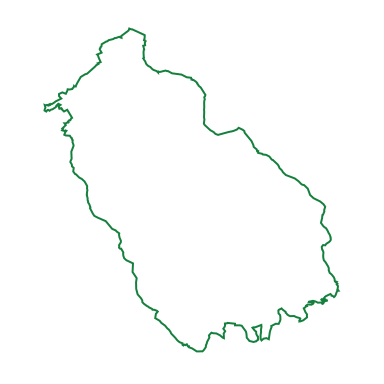 the district of Ciceu-Giurgesti, Bistrita-Nasaud, Romania, rotated 184°
{"feature_id": "2599482B28114594722524", "entity_name": "Ciceu-Giurgesti", "entity_type": "district", "adm_level": 2, "iso_a3": "ROU", "parent_name": "Romania", "parent_adm1": "Bistrita-Nasaud", "projection": "robinson", "projection_center": [23.976, 47.27], "detail": "fine", "context": "isolated", "style": "outline", "palette": "green", "viewbox_px": 384, "rotation_deg": 184, "n_neighbors": 0, "source": "geoboundaries", "source_scale": "gbopen_adm2", "svg_char_len": 5821}
<svg xmlns="http://www.w3.org/2000/svg" viewBox="0 0 384 384"><g transform="rotate(184 192 192)"><path d="M285.8,337.6L287.0,336.4L287.9,336.2L292.4,333.1L292.5,330.9L293.4,330.0L293.3,329.4L293.9,328.8L294.0,327.8L291.9,324.7L296.2,322.5L295.4,321.8L294.3,319.2L292.2,315.2L295.0,313.9L294.3,313.2L296.7,311.5L297.1,310.7L304.9,302.7L306.8,302.0L311.0,299.0L314.1,292.7L315.3,289.7L315.3,289.2L316.7,289.1L317.1,289.5L317.5,287.9L318.5,287.0L318.6,286.4L321.2,285.7L323.2,285.8L323.3,284.7L324.7,281.2L328.3,282.3L331.5,280.5L331.3,278.3L328.9,276.1L334.4,272.8L336.4,271.0L337.7,270.1L338.4,270.0L339.6,268.9L340.8,268.4L340.6,269.4L342.0,268.6L342.7,268.8L344.1,268.2L345.0,268.5L344.1,266.0L344.6,264.4L344.8,263.0L343.0,262.1L341.9,263.7L341.2,263.9L339.8,263.1L338.4,264.3L336.9,264.8L333.8,267.1L333.4,268.5L331.5,270.7L329.3,269.7L331.2,268.1L329.9,266.6L330.4,266.4L330.1,265.8L328.1,266.5L327.8,266.1L328.1,266.0L328.0,265.7L325.3,263.4L322.2,265.3L316.8,257.6L317.7,256.9L318.4,255.1L319.4,255.1L320.5,253.8L319.9,253.1L320.1,252.7L321.7,252.4L322.6,251.7L324.0,251.6L322.6,249.9L325.8,246.3L325.1,245.9L325.9,244.5L323.1,243.9L322.6,244.6L321.6,244.3L322.5,243.0L323.4,240.2L322.0,239.6L317.8,239.6L316.1,237.4L315.6,237.3L315.2,235.7L314.6,235.4L314.7,233.4L313.5,230.7L313.4,229.7L315.2,223.8L314.4,216.7L315.4,214.1L315.4,213.3L313.8,211.1L313.5,209.2L311.7,207.8L311.9,204.2L309.9,201.8L308.9,201.5L305.6,198.6L302.8,197.3L299.9,195.0L297.1,190.8L296.9,189.6L297.0,188.3L296.5,186.8L296.8,182.4L296.5,181.8L296.7,181.4L295.7,178.6L295.6,176.7L295.1,175.8L294.9,174.3L293.6,172.6L292.4,169.9L292.5,169.5L292.3,169.2L292.6,168.7L289.4,163.5L287.8,161.4L284.4,159.9L276.0,156.9L269.0,149.6L265.5,148.4L264.2,147.2L261.7,145.7L261.8,144.2L261.2,141.7L259.5,138.3L259.5,136.8L261.1,133.8L260.7,132.7L260.9,131.4L259.7,130.4L258.7,130.5L256.3,126.9L256.4,125.6L256.0,123.5L255.0,121.2L252.8,119.4L245.9,116.7L245.7,108.0L241.2,102.2L241.5,98.1L240.9,91.5L239.1,86.1L235.4,82.4L234.1,80.5L233.8,78.6L232.4,77.3L229.0,75.1L227.5,74.5L226.7,73.8L223.8,72.7L223.2,71.8L221.6,71.9L218.8,71.1L217.8,70.3L219.5,68.0L219.9,63.6L215.3,61.3L213.5,59.3L209.5,56.8L207.0,54.1L205.6,53.2L203.8,51.1L202.9,49.4L198.5,45.4L196.3,43.0L193.9,41.3L190.9,40.4L190.9,39.0L189.9,38.3L189.1,39.2L187.8,38.8L186.8,39.7L186.4,39.7L185.4,37.8L184.3,37.9L184.2,36.9L181.0,36.0L176.1,33.3L170.4,33.8L169.3,35.0L167.7,37.7L167.4,38.3L167.4,40.1L166.7,41.9L166.6,43.2L164.5,48.0L165.1,50.1L162.8,53.0L161.2,52.6L157.8,52.6L154.1,51.0L151.1,48.8L150.0,48.4L150.5,53.1L149.2,55.5L151.2,57.8L150.1,59.7L149.7,61.0L150.0,63.1L147.7,63.5L147.4,63.9L139.9,63.6L139.8,62.0L135.1,62.3L133.1,62.1L128.5,56.6L127.8,54.4L127.2,50.5L124.3,47.4L120.2,46.7L117.4,47.6L117.3,48.1L115.7,49.2L116.1,51.5L116.1,52.4L116.7,52.8L117.5,54.0L118.0,55.0L118.3,57.2L119.8,58.2L122.2,60.8L121.3,61.3L119.6,61.4L113.6,64.2L113.3,62.4L113.6,59.1L113.3,57.1L113.6,54.2L113.4,51.0L113.1,50.0L112.3,48.8L110.3,50.7L107.5,51.4L105.1,50.5L104.6,57.4L104.1,60.0L103.2,62.8L103.6,63.8L99.3,66.4L96.3,66.5L95.1,69.8L94.9,70.9L95.2,74.1L95.7,75.6L97.2,76.9L97.6,79.8L97.2,80.5L94.5,82.1L93.8,81.3L90.2,78.9L90.1,78.0L89.4,77.6L88.4,76.4L86.8,75.5L85.4,75.0L81.5,75.4L79.0,74.4L75.6,73.7L75.1,73.1L76.0,71.2L75.9,70.9L75.5,70.7L75.6,70.4L74.6,70.6L72.0,71.8L68.5,75.0L68.8,77.1L68.7,77.9L70.4,80.0L72.4,83.8L71.4,84.4L70.5,85.7L69.5,86.1L70.1,86.7L68.6,87.9L65.1,87.9L63.7,88.7L63.1,89.6L63.8,89.8L63.3,90.1L63.8,91.1L64.2,91.0L64.4,90.3L67.8,90.4L67.7,90.7L63.7,91.9L61.1,91.4L58.8,90.4L54.8,90.8L54.2,91.2L53.9,90.7L54.3,89.7L53.9,89.5L53.2,90.1L52.7,91.3L53.0,92.2L52.7,92.5L51.4,92.4L49.0,93.3L50.5,93.3L51.2,94.1L53.3,93.0L54.6,92.8L55.5,93.6L55.3,93.9L54.6,93.4L54.1,93.6L53.7,94.7L52.5,95.7L52.2,96.5L50.9,97.6L46.8,99.9L45.3,98.6L45.4,98.3L43.7,97.8L43.0,97.1L42.3,97.8L41.6,99.0L40.5,102.9L39.9,103.3L40.1,103.9L39.0,103.9L40.0,105.2L39.8,108.3L41.2,109.9L40.5,110.6L42.1,112.0L41.5,112.5L42.1,112.7L42.6,112.3L43.3,113.0L43.8,115.4L44.7,117.0L47.2,119.7L49.0,120.9L50.2,123.7L50.2,125.4L50.9,127.0L53.9,131.3L55.7,133.1L56.4,135.4L56.7,137.7L56.7,141.2L57.7,143.3L58.1,143.5L58.7,146.0L58.7,146.5L57.5,148.2L55.4,148.1L54.4,149.7L51.5,151.9L50.4,153.4L50.2,154.7L50.7,155.9L50.5,156.4L51.7,159.1L53.1,161.0L53.7,162.3L55.2,164.5L56.3,165.7L57.1,165.9L58.6,167.1L61.2,170.2L60.4,175.0L60.3,178.1L59.8,178.3L58.6,181.8L58.9,183.1L58.1,186.6L60.0,189.0L63.5,191.5L70.3,194.3L74.0,197.3L76.7,203.4L80.6,206.7L82.6,207.0L83.6,207.6L86.5,210.2L90.4,212.7L99.6,215.5L102.6,218.0L103.9,219.9L106.4,222.0L107.3,223.9L108.4,225.4L113.6,229.6L114.1,229.6L115.0,230.2L117.3,232.8L120.6,234.2L124.0,234.4L124.6,235.0L128.7,235.6L128.8,237.1L129.2,236.8L129.8,237.0L130.4,239.0L133.6,241.3L134.0,243.0L136.2,247.0L143.6,254.8L144.1,256.5L145.7,257.6L149.9,259.3L151.6,257.4L155.4,255.6L160.0,254.3L170.0,250.8L172.7,251.6L174.6,253.3L178.0,254.9L184.1,259.8L184.9,261.0L184.7,265.4L185.2,267.2L185.4,272.9L185.7,274.9L185.7,277.4L186.1,281.9L186.1,283.9L185.7,285.2L186.4,287.4L185.7,288.4L185.4,289.8L190.6,296.9L192.9,298.5L193.2,299.3L194.4,300.5L194.3,300.9L195.6,302.2L198.4,303.9L199.3,303.8L199.8,304.4L200.4,304.2L200.9,305.9L205.3,306.1L210.6,308.4L220.2,309.0L224.5,311.0L225.3,310.8L226.8,311.3L232.1,309.6L233.1,309.5L234.1,309.9L234.6,309.5L234.5,309.1L235.8,310.2L239.0,311.1L240.5,312.1L242.3,313.8L244.3,314.6L245.5,315.5L246.7,316.7L247.7,318.9L249.3,320.9L249.3,321.3L250.0,321.9L249.3,322.8L249.6,323.7L250.1,327.9L250.0,330.2L249.6,330.7L250.9,334.5L249.0,335.1L249.5,337.5L248.8,339.2L250.3,339.9L250.1,340.3L250.4,340.4L250.0,342.5L250.1,345.2L263.0,350.1L263.9,350.0L266.0,350.7L266.5,348.7L273.4,342.7L273.1,340.9L274.6,341.3L274.9,341.7L275.6,341.7L278.8,340.2L279.8,340.2L281.2,339.1L285.8,337.6Z" fill="none" stroke="#15803d" stroke-width="2"/></g></svg>